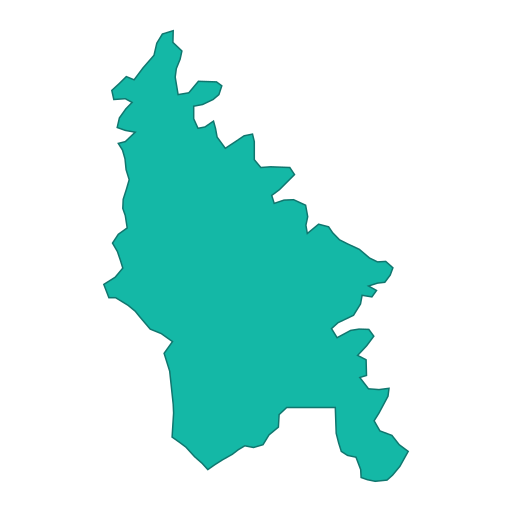 Nova América da Colina, Paraná, Brazil
{"feature_id": "56859067B8703286216332", "entity_name": "Nova América da Colina", "entity_type": "district", "adm_level": 2, "iso_a3": "BRA", "parent_name": "Brazil", "parent_adm1": "Paraná", "projection": "natural_earth1", "projection_center": [-50.702, -23.335], "detail": "fine", "context": "isolated", "style": "filled", "palette": "teal", "viewbox_px": 512, "rotation_deg": 0, "n_neighbors": 0, "source": "geoboundaries", "source_scale": "gbopen_adm2", "svg_char_len": 2005}
<svg xmlns="http://www.w3.org/2000/svg" viewBox="0 0 512 512"><path d="M103.8,284.4L108.9,297.7L115.6,297.7L127.9,305.2L135.2,311.2L140.0,317.1L150.2,329.1L161.3,333.6L172.5,341.6L164.1,353.3L169.7,371.2L173.2,404.2L173.6,413.0L172.1,437.1L179.9,442.6L185.9,447.1L194.6,456.7L202.2,463.4L207.8,469.6L214.8,464.7L222.7,459.7L232.3,454.3L238.3,449.7L244.8,445.8L253.5,447.5L263.0,444.7L269.0,434.9L278.4,427.1L279.1,414.6L286.7,407.5L335.3,407.5L336.2,433.3L338.7,443.1L341.3,451.4L347.5,455.4L356.0,457.2L360.7,469.6L361.1,477.5L367.4,479.7L375.2,481.3L387.0,480.1L392.6,475.1L399.9,466.3L408.2,451.4L399.2,444.7L391.9,435.4L379.9,430.9L374.1,420.8L379.0,413.0L388.0,396.2L389.0,388.3L379.0,389.6L368.5,388.8L359.8,377.5L366.5,375.4L366.1,359.8L357.6,355.4L366.7,345.7L373.8,336.2L368.8,329.4L359.0,329.1L350.7,330.4L337.1,337.7L331.5,328.6L338.0,322.7L353.5,315.3L360.5,304.0L362.1,295.3L371.9,296.9L376.5,290.5L368.5,286.0L377.6,283.1L384.8,282.3L390.2,275.1L392.9,267.8L385.7,261.4L377.5,261.9L369.5,258.0L359.4,249.4L347.6,243.9L339.5,239.8L332.6,232.7L328.6,226.8L318.6,224.2L307.3,233.5L305.9,225.2L307.7,216.7L305.6,205.2L293.6,199.7L284.0,200.1L274.2,203.4L271.7,195.4L279.5,189.6L294.5,174.6L289.8,167.5L270.6,166.8L260.8,167.5L254.3,159.7L254.3,141.6L252.5,134.1L244.1,135.8L234.0,142.6L225.3,148.3L217.1,137.1L215.5,128.4L213.5,121.1L204.9,127.0L198.0,128.3L193.7,118.8L193.7,106.2L202.6,104.5L213.1,99.5L218.9,94.6L221.8,85.8L216.5,81.9L198.4,81.3L188.8,92.8L178.1,94.6L175.2,77.1L176.3,68.6L180.1,59.2L181.9,51.0L172.9,42.4L173.2,30.7L162.4,34.0L156.8,43.2L154.0,55.3L143.1,67.8L134.1,79.8L126.3,76.6L119.1,83.7L111.8,90.4L113.8,99.5L125.3,98.7L132.1,102.4L125.9,108.8L119.4,117.9L117.2,127.5L125.3,130.4L135.2,132.2L125.3,141.6L118.3,143.4L122.5,150.1L125.0,158.8L126.1,169.7L129.2,179.7L126.4,189.3L123.2,199.3L122.8,208.4L125.3,215.6L127.2,227.9L118.3,234.3L112.5,243.1L117.4,251.5L120.4,260.3L122.8,268.1L115.2,277.2L103.8,284.4Z" fill="#14b8a6" stroke="#0f766e" stroke-width="1.5"/></svg>